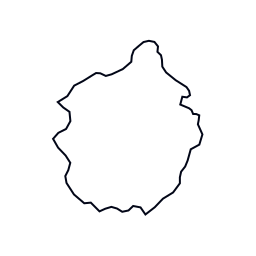 SVG path tracing the border of San Juan, rotated 302°
{"feature_id": "DOM-1393", "entity_name": "San Juan", "entity_type": "Province", "adm_level": 1, "iso_a3": "DOM", "parent_name": "Dominican Republic", "parent_adm1": "", "projection": "albers", "projection_center": [-71.244, 18.895], "detail": "fine", "context": "isolated", "style": "outline", "palette": "ink", "viewbox_px": 256, "rotation_deg": 302, "n_neighbors": 0, "source": "natural_earth", "source_scale": "10m", "svg_char_len": 990}
<svg xmlns="http://www.w3.org/2000/svg" viewBox="0 0 256 256"><g transform="rotate(302 128 128)"><path d="M94.4,76.0L103.3,75.5L110.7,69.8L111.1,62.2L112.8,54.7L122.9,59.7L135.4,59.9L144.2,65.1L153.8,69.8L157.7,71.8L159.7,75.5L160.4,81.6L164.9,85.7L175.3,92.4L185.9,95.7L191.2,93.0L197.0,91.7L203.1,93.6L209.1,95.6L213.0,99.5L215.0,104.8L213.1,110.2L208.2,112.6L207.2,117.4L203.9,120.6L198.2,124.6L195.3,130.9L193.8,143.1L193.7,155.9L191.9,160.1L188.7,163.2L185.2,161.8L183.3,157.5L175.6,159.9L177.1,169.3L176.8,172.4L174.4,175.8L176.0,178.5L176.5,181.7L172.1,183.8L168.2,185.3L162.0,194.5L151.7,197.3L143.2,192.5L132.0,195.8L125.6,196.9L119.1,196.2L113.7,198.1L108.6,201.3L97.2,200.4L86.6,195.1L75.0,192.7L63.9,188.6L67.3,180.7L64.6,173.7L58.3,172.1L53.9,167.5L53.9,161.4L52.3,155.7L47.5,151.5L42.2,148.0L45.0,136.0L41.0,130.8L43.0,117.4L48.8,105.0L54.0,100.3L60.6,99.7L67.9,97.5L71.6,89.7L74.3,79.1L79.1,70.2L87.0,71.5L94.4,76.0Z" fill="none" stroke="#020617" stroke-width="2"/></g></svg>